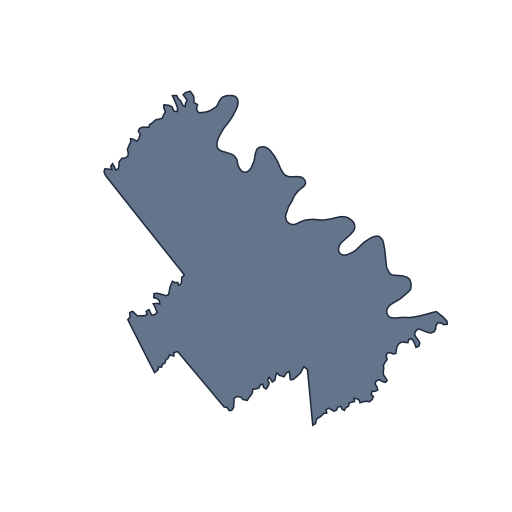 25 de Mayo, Misiones, Argentina (Albers equal-area conic projection), rotated 244°
{"feature_id": "61730980B2649832708573", "entity_name": "25 de Mayo", "entity_type": "district", "adm_level": 2, "iso_a3": "ARG", "parent_name": "Argentina", "parent_adm1": "Misiones", "projection": "albers", "projection_center": [-54.618, -27.386], "detail": "fine", "context": "isolated", "style": "filled", "palette": "slate", "viewbox_px": 512, "rotation_deg": 244, "n_neighbors": 0, "source": "geoboundaries", "source_scale": "gbopen_adm2", "svg_char_len": 5777}
<svg xmlns="http://www.w3.org/2000/svg" viewBox="0 0 512 512"><g transform="rotate(244 256 256)"><path d="M311.6,174.2L270.3,183.3L269.4,180.0L266.7,178.4L263.9,176.8L263.7,173.6L266.6,174.2L267.6,171.5L269.9,169.8L268.0,167.6L266.0,165.3L263.3,163.3L259.6,160.4L260.0,157.3L262.5,154.9L265.8,151.0L266.9,147.8L263.3,145.8L261.3,148.4L258.3,149.5L255.0,148.6L256.8,146.3L258.1,142.7L254.8,142.9L248.6,142.3L247.6,139.0L248.9,136.3L252.1,136.3L254.8,136.3L254.4,133.0L251.1,132.4L251.1,129.9L253.0,126.0L254.1,123.2L257.2,122.0L260.4,120.9L260.6,117.7L256.2,115.9L255.1,112.9L242.1,113.0L195.6,113.7L196.8,118.4L199.2,119.8L197.4,122.3L199.8,124.5L199.6,127.1L202.0,129.4L202.7,132.3L205.0,134.8L202.1,138.4L205.2,139.8L204.4,143.7L157.5,155.4L134.3,161.1L132.3,163.8L128.9,164.0L127.9,166.5L129.7,169.5L133.3,171.6L137.5,173.8L138.1,177.1L135.8,180.5L132.7,181.4L130.0,184.9L131.6,187.1L132.8,190.0L134.7,192.9L137.5,194.5L136.6,197.7L136.0,200.7L138.2,203.4L138.0,205.9L134.6,205.2L132.0,206.8L133.9,210.2L136.4,212.3L139.5,212.0L141.3,214.7L135.6,215.4L136.1,218.5L139.8,221.3L141.7,223.6L138.5,224.7L135.1,228.3L137.6,232.0L137.6,235.3L134.4,234.2L129.7,232.7L128.7,235.2L129.9,240.2L131.5,245.0L133.6,247.7L135.5,250.5L131.5,252.5L79.0,232.8L79.3,236.1L81.4,237.7L83.1,239.4L83.2,242.8L83.9,245.4L84.9,248.0L83.8,250.8L87.2,251.6L87.2,254.9L84.7,256.5L82.3,257.9L82.2,260.8L84.4,263.1L83.7,266.3L80.6,266.2L78.4,267.7L80.2,270.1L80.5,273.5L83.1,275.3L82.5,278.3L82.0,280.8L85.2,281.7L83.2,284.3L81.3,285.5L78.5,285.1L78.0,288.5L77.0,291.7L75.2,294.2L76.1,297.5L78.2,300.0L81.0,298.8L83.4,300.8L82.2,304.0L82.1,306.7L85.5,307.3L88.8,307.0L91.0,309.3L90.8,312.6L87.9,314.4L85.7,316.8L86.5,319.3L89.8,319.0L93.2,318.5L96.2,319.7L98.8,321.5L102.0,322.7L103.9,325.4L105.4,328.5L108.7,329.1L111.2,331.1L110.3,334.2L107.7,336.4L107.1,339.0L110.0,340.9L112.7,343.0L114.5,345.9L114.9,349.3L113.0,352.1L111.5,354.6L114.1,356.7L113.5,359.5L110.3,360.3L106.9,360.1L103.7,359.7L103.5,362.8L106.1,365.1L109.4,365.0L112.7,364.2L116.0,364.1L118.4,366.5L119.4,369.8L117.3,372.2L114.8,374.2L112.3,376.6L110.2,379.2L109.8,382.7L111.5,385.4L114.4,387.2L116.2,389.9L114.7,392.9L111.9,394.8L110.8,398.0L113.7,399.1L116.9,398.1L120.2,397.1L120.7,396.7L127.0,393.7L127.8,390.3L129.5,380.9L130.7,375.8L131.9,371.4L132.1,370.6L132.6,369.7L132.9,367.8L133.4,366.9L136.1,361.8L137.3,359.1L139.2,353.9L140.8,351.5L141.7,349.8L143.7,348.7L145.1,348.5L146.4,348.5L147.8,348.7L149.6,349.6L151.1,350.9L152.4,352.9L153.2,355.2L153.6,358.6L154.2,366.4L155.6,372.2L157.1,377.7L158.1,380.1L159.9,381.5L161.7,382.5L163.5,383.3L165.6,383.7L167.9,383.8L170.6,382.5L173.6,379.4L176.7,374.3L178.4,371.3L179.7,369.7L181.3,368.7L184.7,368.4L188.6,368.4L197.9,371.8L204.4,374.2L212.1,376.4L214.9,376.8L217.6,376.1L219.4,375.5L220.8,373.6L221.7,370.7L221.9,367.9L221.8,365.1L220.9,358.8L220.4,357.3L220.0,356.0L219.5,354.5L219.0,352.9L218.5,351.3L218.1,350.1L217.8,349.3L217.2,346.5L217.0,342.8L217.2,339.1L217.5,337.4L218.2,335.4L219.1,334.3L220.3,333.2L221.8,332.6L223.2,332.4L225.4,332.8L227.5,334.3L229.1,335.8L230.7,338.8L233.3,348.1L234.0,350.6L235.3,353.7L236.4,355.6L238.4,357.3L241.2,358.4L243.0,358.5L245.0,358.1L247.6,357.0L249.7,355.7L251.2,354.4L253.0,351.8L254.4,349.0L255.6,343.7L256.8,338.6L258.8,332.2L259.2,331.3L260.0,330.1L260.9,328.5L262.4,326.1L262.7,325.3L264.4,322.5L264.4,322.3L265.1,320.4L265.9,318.5L265.9,318.3L266.3,317.0L266.9,315.0L266.8,313.9L267.3,311.3L267.2,310.4L267.2,309.0L267.2,307.5L267.3,305.3L267.6,303.9L268.5,302.5L268.8,301.8L270.3,300.4L270.7,300.2L272.2,299.5L272.8,299.1L274.4,298.9L276.2,299.3L278.5,299.7L280.0,301.0L282.4,303.3L284.8,305.7L285.7,306.5L287.6,309.2L288.2,310.4L289.6,312.5L290.5,313.5L291.5,314.6L293.1,316.6L293.4,317.1L293.6,317.4L294.8,319.9L295.8,322.1L296.4,324.0L297.0,326.2L297.3,328.4L298.1,330.5L299.2,332.0L300.4,332.8L302.0,333.1L303.8,332.9L305.9,332.2L307.0,331.3L307.8,330.4L309.6,327.3L311.9,322.0L313.0,320.3L314.5,318.7L316.7,317.3L318.8,316.8L321.3,316.5L324.6,316.4L330.5,316.8L337.7,316.4L344.2,315.1L347.9,313.6L349.5,312.4L350.9,310.6L351.8,308.3L352.1,307.1L352.1,305.9L351.9,304.5L351.1,303.0L348.6,300.5L342.6,296.2L338.1,291.3L336.6,288.9L335.8,286.8L335.6,285.2L335.8,283.9L336.2,282.7L336.9,281.5L337.9,280.8L339.2,280.2L340.9,279.8L342.7,279.6L344.6,279.6L346.3,279.8L348.6,280.4L350.5,281.1L352.6,281.0L355.1,280.4L356.9,279.7L359.5,277.4L362.8,274.0L364.5,271.9L366.3,270.4L367.2,269.6L368.4,269.2L369.6,269.0L370.7,269.0L371.6,269.1L372.4,269.3L374.5,270.4L377.9,273.1L381.1,277.3L384.8,282.9L388.7,290.9L392.2,296.7L396.0,301.8L398.5,304.9L400.8,306.5L402.3,307.4L404.2,308.0L405.9,308.1L407.4,307.8L408.8,307.1L410.7,304.9L412.6,300.9L413.1,299.1L413.4,296.9L413.5,295.5L413.1,294.3L412.4,292.6L411.0,290.4L409.8,289.1L409.6,288.8L407.7,286.0L407.5,284.8L407.0,281.4L406.8,278.4L407.2,275.1L408.0,272.2L409.3,268.7L410.0,267.5L411.0,267.0L411.7,266.9L412.8,266.8L413.6,266.9L415.0,267.6L417.8,269.8L418.0,269.7L421.2,267.4L424.1,269.1L427.2,270.0L432.9,269.2L433.8,264.3L432.9,261.2L426.1,262.4L424.2,259.6L421.4,257.9L423.4,256.3L428.4,256.3L431.6,255.1L435.0,255.1L436.8,251.2L433.5,251.0L430.1,251.0L426.7,250.7L423.3,250.3L420.3,248.6L422.1,245.7L426.9,246.0L429.5,243.9L432.3,239.6L430.0,238.1L425.1,237.7L423.4,234.7L421.0,232.5L421.4,229.1L422.4,225.8L421.1,221.1L420.7,217.9L418.6,216.3L420.0,213.5L421.5,210.7L421.7,207.2L419.7,204.9L416.3,205.4L412.7,202.0L411.4,199.1L414.9,196.8L416.5,194.7L413.6,193.5L410.4,189.6L408.1,187.1L404.9,186.4L402.1,184.9L401.3,181.7L402.6,178.5L400.6,174.1L397.5,172.6L394.8,170.6L394.8,167.6L398.2,167.8L401.9,167.6L400.3,164.7L396.9,164.4L399.2,160.9L400.6,158.3L398.3,156.3L394.4,156.0L334.9,169.0L311.6,174.2Z" fill="#64748b" stroke="#1e293b" stroke-width="1.5"/></g></svg>